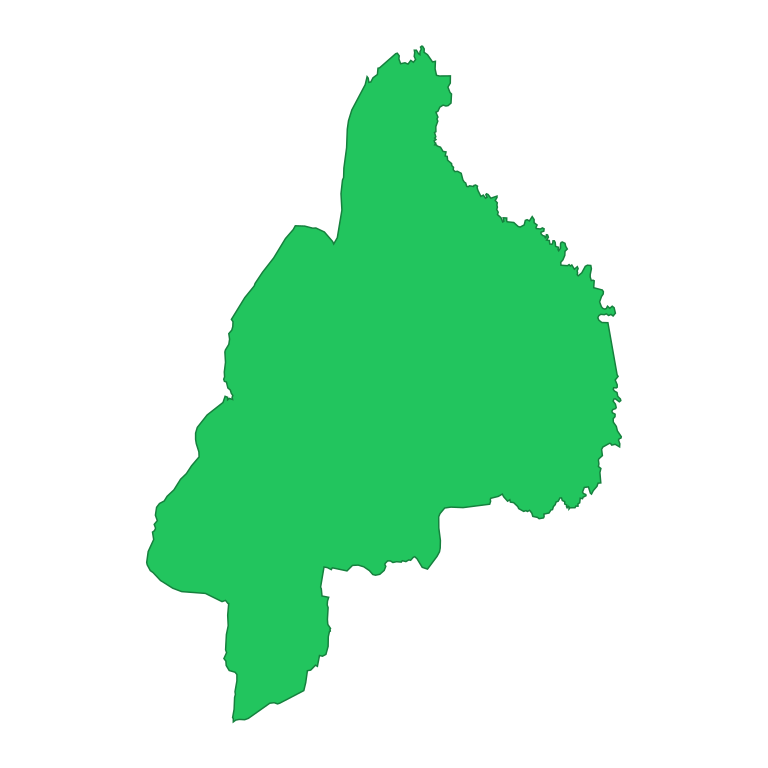 the district of Kong Krailat, Sukhothai, Thailand
{"feature_id": "78962969B68558189238203", "entity_name": "Kong Krailat", "entity_type": "district", "adm_level": 2, "iso_a3": "THA", "parent_name": "Thailand", "parent_adm1": "Sukhothai", "projection": "equal_earth", "projection_center": [100.025, 16.942], "detail": "fine", "context": "isolated", "style": "filled", "palette": "green", "viewbox_px": 768, "rotation_deg": 0, "n_neighbors": 0, "source": "geoboundaries", "source_scale": "gbopen_adm2", "svg_char_len": 6089}
<svg xmlns="http://www.w3.org/2000/svg" viewBox="0 0 768 768"><path d="M619.6,446.9L619.8,443.8L618.5,440.1L619.2,438.8L621.0,438.0L621.3,436.7L617.4,430.9L616.3,426.4L613.3,422.1L613.2,418.7L615.0,416.7L615.1,414.2L612.4,412.7L611.9,411.1L612.9,409.5L615.6,408.6L616.2,407.5L615.4,404.1L613.1,401.1L614.0,399.0L615.3,398.8L619.3,401.8L620.8,400.6L620.4,399.0L617.8,396.4L617.0,392.5L614.4,391.0L613.2,389.2L613.7,387.7L616.3,387.9L617.2,387.2L617.2,384.8L615.2,380.0L618.1,376.4L617.1,374.8L607.9,322.7L601.8,322.5L598.9,320.2L597.8,317.8L598.8,315.6L600.8,314.3L604.3,314.7L606.3,313.8L608.6,315.5L611.0,314.4L613.1,316.0L615.4,313.2L614.1,307.7L612.2,306.2L609.8,308.3L607.5,306.2L606.3,308.5L604.8,309.1L602.7,308.3L601.4,306.7L599.6,301.9L601.5,296.5L603.2,294.0L603.4,291.7L602.3,290.0L593.7,287.7L594.2,280.8L593.0,280.2L591.3,280.6L590.2,277.0L590.2,274.6L591.4,268.8L590.8,265.5L587.4,265.2L585.3,266.3L581.8,272.8L578.2,275.8L577.2,274.7L577.6,272.8L577.1,271.0L578.1,268.6L577.3,266.7L574.4,269.2L571.8,265.0L570.4,266.0L569.1,264.6L567.5,265.7L561.0,265.2L560.7,262.4L562.9,259.9L564.8,255.4L565.0,251.3L567.3,249.0L565.7,246.3L565.0,243.3L562.3,242.0L561.1,242.5L560.5,243.8L560.5,248.1L558.7,250.8L558.0,249.7L558.5,247.3L555.6,246.4L555.2,242.4L554.3,240.8L553.0,240.8L552.7,243.2L551.9,244.3L549.8,244.0L549.3,240.5L546.6,240.1L548.4,237.2L547.5,234.9L546.4,234.7L546.0,237.3L545.3,237.8L544.5,236.1L542.6,235.5L541.0,233.7L541.0,232.2L543.8,231.2L544.1,228.8L542.4,227.9L540.4,229.0L536.3,228.5L536.0,227.3L537.1,225.0L534.1,222.7L534.1,219.5L532.2,216.6L529.4,220.9L527.1,219.7L525.3,220.4L524.2,224.9L520.1,227.1L518.0,226.4L513.8,222.5L507.2,221.8L506.7,221.0L506.7,218.0L503.2,217.8L503.9,221.3L502.7,222.0L501.0,217.7L497.5,214.6L498.2,212.2L496.7,209.5L497.4,207.2L496.9,205.0L497.3,202.8L495.2,200.5L497.0,197.5L497.0,196.1L490.8,198.2L488.1,194.5L486.5,193.8L485.8,194.7L487.0,197.3L485.5,198.2L483.3,195.1L480.9,196.4L477.9,190.4L477.1,187.6L477.5,186.2L475.6,185.0L473.9,185.5L473.6,186.5L469.5,185.8L468.2,186.7L466.7,186.4L465.7,183.0L464.3,182.1L462.9,179.9L461.2,173.3L457.5,171.3L454.9,171.6L453.2,169.7L453.5,167.3L451.8,165.6L451.6,163.6L447.6,160.2L447.2,156.4L445.2,156.0L446.0,151.9L443.0,151.4L440.5,147.2L437.2,146.0L436.4,144.9L434.8,144.8L435.8,143.2L434.7,142.5L434.2,140.7L436.0,139.6L434.7,138.1L435.8,136.8L434.5,132.5L435.9,131.7L435.8,126.7L437.8,121.1L436.9,119.0L437.9,117.1L435.9,112.2L437.9,111.3L439.8,107.2L443.1,105.1L445.9,106.0L448.1,105.6L451.0,103.1L451.5,94.0L450.0,92.5L447.9,87.1L450.3,83.1L450.4,75.9L439.4,76.0L436.5,75.3L435.1,68.9L435.4,61.3L432.5,61.9L427.5,54.7L424.1,52.3L424.2,48.9L422.6,46.3L421.7,46.1L420.5,47.1L421.3,49.1L420.0,51.5L419.9,54.7L418.6,53.8L416.4,50.2L414.3,50.2L414.7,52.6L414.2,56.4L415.6,59.5L413.4,62.3L410.8,60.4L408.0,64.1L405.0,62.8L400.6,63.7L398.9,59.0L399.2,55.8L397.3,53.2L395.7,53.7L379.5,67.9L378.0,68.2L377.4,74.5L373.0,77.8L370.8,82.0L368.9,82.4L368.2,78.1L367.1,76.7L365.2,84.7L351.8,110.0L348.5,120.7L347.3,129.1L346.6,147.8L343.9,168.0L343.6,177.6L342.5,180.0L341.0,193.7L341.9,210.1L337.3,237.7L333.7,244.0L332.6,241.5L324.4,232.0L315.9,228.0L312.8,228.2L304.7,226.1L295.3,225.8L293.2,229.6L285.5,238.5L273.7,257.9L262.5,272.3L255.1,283.4L254.2,286.0L244.8,297.6L231.4,319.4L233.0,321.7L232.8,326.5L231.8,330.1L228.8,333.6L229.6,339.2L228.8,344.4L225.4,350.0L224.9,352.0L225.5,362.4L224.3,372.0L224.6,376.9L223.7,379.2L224.4,381.3L226.4,382.0L227.9,388.0L230.3,390.0L231.3,393.3L232.8,395.5L232.1,397.4L232.6,399.5L229.3,398.4L227.6,399.8L227.6,397.3L225.1,396.3L223.0,402.5L207.1,415.0L197.3,427.4L195.6,433.1L195.6,439.4L196.3,443.7L198.9,451.9L199.1,456.9L191.6,465.7L186.4,473.6L180.6,479.2L173.9,489.9L167.1,496.3L164.2,501.0L159.5,503.5L156.6,507.3L155.4,515.2L157.3,520.6L154.2,524.4L155.4,527.6L155.4,528.9L154.3,530.8L152.5,532.1L153.7,539.5L148.2,551.5L146.7,562.4L147.2,564.8L150.3,570.6L153.1,572.6L160.5,580.5L172.7,588.2L181.7,591.6L205.4,593.4L222.0,601.6L225.5,600.4L227.9,603.4L228.7,603.5L227.7,615.2L228.2,625.8L226.4,634.5L225.6,649.8L226.6,652.6L223.9,658.6L225.9,661.1L226.2,665.5L229.2,670.5L235.0,672.2L236.9,674.5L236.9,680.9L235.0,691.7L235.4,694.5L234.6,697.4L234.1,709.3L232.6,717.7L233.3,718.5L233.3,721.9L235.7,720.1L239.2,719.4L244.7,719.7L248.3,718.4L269.8,703.2L274.2,702.7L277.5,703.9L279.7,703.2L303.8,690.6L305.7,682.7L307.4,670.7L310.7,670.1L315.5,665.2L317.4,666.3L319.5,655.5L322.5,656.2L325.9,654.4L328.1,646.4L328.3,636.7L329.5,631.4L330.3,631.1L330.0,629.1L330.5,628.5L327.8,624.4L327.4,619.5L328.1,607.6L327.2,605.0L327.5,601.0L328.7,597.3L322.0,596.0L321.3,588.8L320.6,587.1L324.0,567.0L327.4,567.6L331.3,569.6L332.3,567.8L347.0,570.9L352.5,565.4L358.2,565.1L363.8,566.8L369.4,570.6L372.8,574.5L375.5,575.2L379.8,574.3L384.2,570.4L385.8,566.3L384.9,564.8L385.1,563.5L387.6,560.9L390.4,560.9L392.9,562.5L396.5,561.7L401.3,562.1L402.3,560.7L405.9,561.6L408.8,559.9L410.6,560.3L413.3,557.3L414.7,556.7L417.0,558.7L422.2,567.3L427.5,569.1L437.0,556.4L439.5,551.8L440.2,548.0L440.4,540.5L438.8,528.0L438.7,516.8L440.0,513.6L444.7,508.0L450.9,507.1L463.1,507.6L489.7,504.2L490.6,501.3L490.3,499.4L490.7,498.3L498.3,496.4L502.3,494.1L503.7,496.8L507.6,501.2L509.8,499.7L510.4,502.1L513.6,502.6L517.8,506.6L518.7,508.6L523.7,511.4L526.0,510.6L527.4,511.5L529.6,510.3L531.8,513.1L532.8,516.4L537.5,517.4L539.1,518.7L543.5,517.9L544.1,516.7L543.9,514.1L549.0,513.0L550.9,510.0L552.5,509.6L553.4,506.6L555.2,504.7L556.1,502.0L558.2,501.2L560.0,497.9L561.5,497.9L562.3,500.5L564.7,501.6L564.7,504.0L566.7,505.0L566.5,506.6L567.1,507.8L568.3,506.3L569.0,506.8L569.0,509.0L570.0,507.8L575.0,507.7L575.9,506.1L578.0,506.2L578.0,503.8L579.7,502.8L580.2,498.2L582.5,498.7L583.1,497.2L586.0,495.7L585.8,494.5L583.5,493.6L582.5,492.1L584.3,487.4L588.4,486.9L590.4,493.2L591.5,494.1L593.3,490.6L597.0,486.3L598.0,483.2L600.8,482.9L599.9,472.5L600.9,468.5L598.4,466.5L598.9,463.9L598.4,460.1L598.8,458.9L602.4,455.6L601.6,449.4L602.9,447.0L609.5,443.3L610.6,443.5L611.7,445.1L615.2,444.3L619.6,446.9Z" fill="#22c55e" stroke="#15803d" stroke-width="1.5"/></svg>